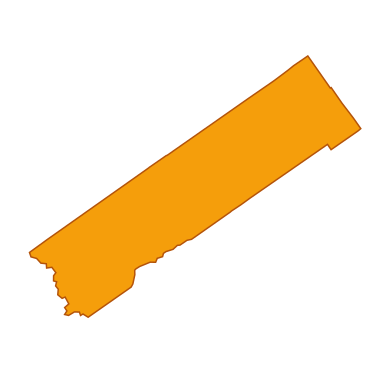 the district of Lewis, Washington, United States of America, rotated 145°
{"feature_id": "52423323B14198169594786", "entity_name": "Lewis", "entity_type": "district", "adm_level": 2, "iso_a3": "USA", "parent_name": "United States of America", "parent_adm1": "Washington", "projection": "natural_earth1", "projection_center": [-122.076, 46.588], "detail": "fine", "context": "isolated", "style": "filled", "palette": "amber", "viewbox_px": 384, "rotation_deg": 145, "n_neighbors": 0, "source": "geoboundaries", "source_scale": "gbopen_adm2", "svg_char_len": 973}
<svg xmlns="http://www.w3.org/2000/svg" viewBox="0 0 384 384"><g transform="rotate(145 192 192)"><path d="M219.5,153.5L172.2,153.6L170.4,153.8L159.5,153.5L148.0,153.7L53.7,153.3L53.8,146.9L20.7,146.8L17.4,147.1L17.4,159.8L18.2,178.6L18.1,197.7L19.1,197.8L19.1,200.0L19.1,237.0L36.3,237.2L43.4,236.7L61.4,236.1L91.0,236.3L191.6,236.3L192.1,236.6L212.9,236.7L213.6,236.6L234.8,236.5L337.5,236.1L359.8,235.7L361.1,231.2L357.4,226.7L356.6,220.4L352.5,216.8L354.7,213.1L350.0,210.7L349.8,204.0L353.4,202.8L356.4,198.6L354.4,196.1L357.6,193.3L357.3,189.1L360.9,184.8L359.4,179.4L356.2,178.7L357.1,171.0L362.6,170.4L362.7,166.3L366.6,164.7L363.9,161.7L357.1,161.2L353.1,158.2L354.1,154.8L351.3,154.6L348.9,149.0L296.4,149.0L293.2,150.6L286.3,157.0L283.8,160.8L282.0,161.2L277.6,161.0L266.5,158.5L262.1,155.3L258.5,157.6L253.2,155.9L250.6,158.1L247.5,158.1L240.4,155.9L234.6,156.7L232.3,155.4L223.8,155.3L219.5,153.5Z" fill="#f59e0b" stroke="#b45309" stroke-width="1.5"/></g></svg>